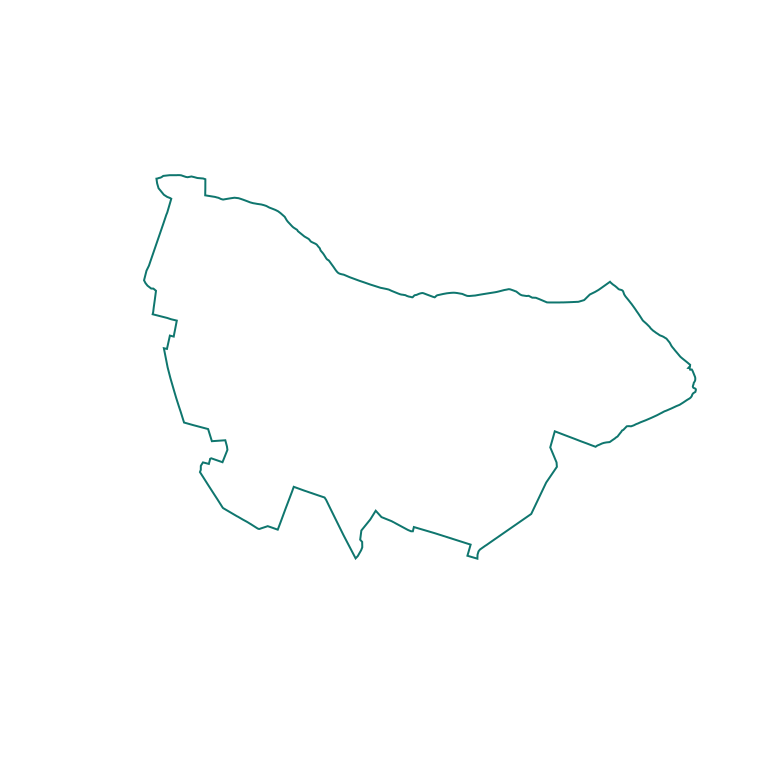 outline of Apateu, Arad, Romania, rotated 23°
{"feature_id": "2599482B29070861670091", "entity_name": "Apateu", "entity_type": "district", "adm_level": 2, "iso_a3": "ROU", "parent_name": "Romania", "parent_adm1": "Arad", "projection": "robinson", "projection_center": [21.823, 46.631], "detail": "fine", "context": "isolated", "style": "outline", "palette": "teal", "viewbox_px": 768, "rotation_deg": 23, "n_neighbors": 0, "source": "geoboundaries", "source_scale": "gbopen_adm2", "svg_char_len": 6061}
<svg xmlns="http://www.w3.org/2000/svg" viewBox="0 0 768 768"><g transform="rotate(23 384 384)"><path d="M537.0,498.9L537.8,497.6L538.9,495.8L539.6,494.7L540.2,493.7L541.3,492.1L543.1,489.2L544.8,486.5L547.0,483.0L570.3,446.1L571.8,411.3L575.5,392.7L573.5,388.8L564.4,379.9L561.8,377.4L559.7,360.8L571.1,360.4L581.0,360.0L587.6,359.8L593.6,359.5L599.5,359.3L603.3,359.1L604.4,357.3L606.0,355.7L606.9,354.7L607.8,353.7L609.4,352.3L611.5,350.9L614.4,349.3L615.0,348.4L616.2,346.4L617.7,344.1L618.5,342.5L619.5,341.1L619.9,339.5L620.5,337.3L621.1,335.2L621.3,333.8L622.2,332.8L623.2,330.2L623.6,329.2L623.8,328.5L624.0,328.1L624.5,327.8L625.1,327.5L625.9,327.1L627.1,326.7L628.1,326.3L628.5,325.9L629.4,325.1L630.5,324.0L631.1,323.2L632.0,322.2L633.1,321.2L633.9,320.3L635.2,318.9L639.1,315.1L643.4,310.6L647.5,306.1L652.9,299.5L653.8,298.7L654.6,297.9L658.3,294.0L661.8,290.1L664.2,287.7L666.7,284.1L669.1,280.4L671.0,277.8L671.6,276.6L672.0,275.2L671.9,273.2L672.1,272.2L672.4,271.4L672.8,270.9L673.7,269.6L673.6,269.0L673.5,268.0L673.3,267.4L673.1,267.0L672.8,266.8L672.2,266.6L671.5,266.6L670.6,266.6L670.1,266.5L669.4,265.9L669.2,265.5L669.1,264.7L669.0,263.9L669.0,263.0L668.8,262.5L668.7,261.9L668.8,261.4L669.0,260.2L669.0,259.1L668.6,257.8L668.2,256.9L667.6,256.0L666.5,254.9L664.8,253.2L663.6,252.0L663.3,251.7L662.4,250.9L661.6,250.4L660.3,251.2L659.1,250.0L658.8,250.0L657.9,250.3L658.2,249.3L658.9,248.6L658.3,246.7L657.9,246.6L655.3,245.8L652.5,245.0L649.3,244.1L647.6,243.6L646.1,243.1L645.1,242.6L641.6,240.8L638.6,239.3L637.0,238.4L635.2,237.5L634.0,236.8L632.8,235.9L631.5,234.8L630.5,234.1L629.3,233.5L628.0,232.8L626.7,232.1L625.9,231.8L624.7,231.7L623.1,231.4L621.7,231.3L618.8,231.4L616.5,230.9L614.6,230.6L612.6,230.1L610.7,229.7L609.7,229.3L608.5,228.9L607.4,228.4L606.3,227.7L604.6,227.0L602.1,226.0L598.8,224.9L597.4,224.4L596.8,224.0L594.9,222.7L592.7,221.2L590.4,219.7L587.8,218.1L586.8,217.4L584.4,215.9L581.4,214.1L580.8,213.7L579.6,213.1L578.2,212.3L576.2,211.2L574.1,210.1L572.0,209.0L571.0,208.3L570.1,207.7L569.2,206.7L568.0,205.4L567.3,204.9L566.5,204.7L565.9,204.7L564.9,204.8L564.0,205.0L562.9,205.0L560.4,204.1L558.4,203.5L555.6,202.9L552.9,202.0L552.1,201.6L546.7,210.4L544.7,213.6L542.3,216.8L538.5,221.2L535.7,228.0L535.5,228.4L535.4,228.6L530.8,232.4L529.3,233.1L522.4,236.4L516.8,239.0L507.8,242.9L502.2,245.2L500.1,245.2L497.8,245.2L493.7,245.2L490.1,245.3L487.4,246.3L486.7,246.6L482.7,246.3L480.9,247.3L477.4,248.2L476.7,248.4L475.6,248.5L474.2,248.4L471.9,247.8L470.0,247.3L469.3,247.2L468.3,247.3L467.3,247.3L464.0,247.5L463.0,247.6L461.7,248.0L460.0,249.2L458.0,250.5L454.5,253.2L452.1,255.0L450.3,256.2L442.3,261.2L437.7,264.1L433.4,266.9L431.1,268.1L428.3,269.6L427.0,270.1L426.1,270.4L424.0,270.5L422.3,270.5L420.8,270.5L419.2,270.9L415.7,271.7L413.7,272.3L412.3,272.8L409.9,274.0L406.5,275.9L403.3,278.0L399.8,280.5L398.4,281.5L397.9,282.1L397.5,282.9L397.2,283.7L396.8,284.4L395.2,284.6L388.5,284.9L385.3,285.0L384.4,285.1L383.7,285.3L382.6,286.0L381.8,286.6L380.9,287.4L379.4,289.0L378.7,289.6L377.9,290.0L377.3,290.7L377.0,291.5L376.7,292.3L376.5,292.9L376.1,293.2L374.0,293.5L372.9,293.8L371.8,293.9L370.6,294.0L369.4,293.9L368.8,293.9L367.8,294.2L366.7,294.4L365.4,294.8L363.8,295.1L361.1,295.2L354.4,295.3L351.5,295.2L349.0,295.6L345.1,296.4L343.2,296.8L339.9,297.1L337.7,297.3L332.5,297.8L326.2,298.2L321.0,298.6L314.7,298.9L310.7,299.1L307.4,299.1L305.1,299.1L304.2,299.1L303.3,299.3L301.7,299.6L299.8,299.8L298.3,299.6L297.0,299.1L295.3,298.2L293.4,297.0L291.7,295.9L288.7,294.1L286.4,292.7L285.0,291.9L284.3,291.7L283.5,291.7L282.4,291.3L281.4,290.7L280.3,289.9L278.0,288.3L276.7,287.5L275.7,287.0L274.5,286.4L273.7,286.0L272.8,285.2L272.1,284.4L271.4,283.9L270.0,283.3L267.7,282.0L266.2,281.7L262.9,281.6L261.3,281.5L260.1,281.0L258.9,280.3L257.9,279.9L255.6,279.6L253.1,279.3L250.7,278.6L245.1,277.0L244.3,276.4L243.6,276.0L242.2,275.8L239.4,275.3L237.7,274.7L234.6,273.3L232.1,272.2L230.5,271.3L227.3,268.9L221.9,267.1L219.0,266.4L215.9,266.2L212.2,266.3L209.5,266.4L206.1,266.1L203.6,266.3L200.9,266.7L196.7,267.8L195.3,268.1L192.8,268.7L189.8,269.1L186.5,269.2L182.3,269.4L179.5,269.6L177.5,269.8L175.1,270.5L173.5,271.0L169.4,273.5L166.9,275.1L163.8,277.1L161.8,277.4L158.8,277.3L157.1,277.6L155.4,277.8L151.4,278.8L145.7,280.2L144.8,278.0L143.2,274.0L139.8,265.9L139.5,265.3L137.2,265.5L131.7,267.3L128.7,267.7L125.7,268.2L122.4,270.4L120.7,270.8L116.8,271.1L116.1,271.1L114.9,271.4L114.0,271.7L112.2,272.5L109.9,273.5L105.2,275.5L99.5,278.7L98.4,280.5L97.5,281.5L96.7,282.0L96.0,282.6L95.0,283.5L94.3,283.9L96.8,288.0L100.0,291.9L107.4,295.8L111.3,296.5L114.4,296.4L115.8,296.6L117.5,311.0L117.5,313.3L118.2,322.2L121.1,363.0L121.4,366.9L121.1,372.5L122.6,382.3L125.0,384.3L127.9,385.9L130.2,386.5L132.4,387.1L133.4,386.7L134.0,386.5L134.4,386.3L135.5,386.6L137.7,387.3L140.3,396.7L142.1,403.4L143.4,407.9L143.8,410.2L146.3,409.8L152.9,408.8L158.7,407.9L162.6,407.6L168.5,406.6L170.4,415.5L171.4,420.3L171.9,422.5L168.0,423.1L170.5,436.5L167.4,437.1L178.3,453.2L185.2,462.2L194.5,473.6L198.3,478.2L203.8,484.6L207.6,488.9L215.0,497.6L224.4,496.4L239.7,494.2L247.9,503.9L259.9,497.8L263.8,502.8L265.6,505.8L265.9,519.1L254.0,519.9L253.2,520.8L253.4,521.8L254.0,526.0L251.9,526.3L248.0,526.9L247.6,529.3L247.4,531.0L248.9,534.6L249.0,537.0L250.6,538.1L252.2,539.2L261.2,545.4L270.3,551.6L275.8,555.3L283.6,560.7L284.4,561.1L300.5,563.2L301.1,563.2L307.4,564.0L311.6,564.4L317.6,565.3L324.2,566.4L325.5,566.3L326.1,566.0L327.4,564.8L329.0,563.4L331.5,561.2L332.5,560.3L336.4,560.0L343.1,559.6L343.0,556.4L342.7,549.5L342.1,537.1L341.6,524.0L341.4,518.9L341.1,513.9L352.2,513.3L367.3,512.2L373.6,511.7L375.9,513.2L384.2,520.4L405.7,538.9L426.0,555.6L427.1,552.7L427.9,545.9L427.8,542.8L425.6,537.9L422.9,536.6L420.4,527.7L424.3,514.1L425.9,503.9L433.7,507.5L444.6,507.3L463.0,509.0L466.4,509.0L468.1,508.3L467.4,504.0L489.0,501.5L526.5,498.0L527.6,507.0L527.9,509.5L538.2,508.3L536.8,504.6L536.4,501.1L536.6,500.4L536.8,499.6L537.0,498.9Z" fill="none" stroke="#0f766e" stroke-width="2"/></g></svg>